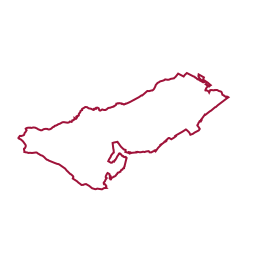 outline of Deleni, Iasi, Romania, rotated 334°
{"feature_id": "2599482B9062650452312", "entity_name": "Deleni", "entity_type": "district", "adm_level": 2, "iso_a3": "ROU", "parent_name": "Romania", "parent_adm1": "Iasi", "projection": "orthographic", "projection_center": [26.854, 47.467], "detail": "fine", "context": "isolated", "style": "outline", "palette": "rose", "viewbox_px": 256, "rotation_deg": 334, "n_neighbors": 0, "source": "geoboundaries", "source_scale": "gbopen_adm2", "svg_char_len": 5764}
<svg xmlns="http://www.w3.org/2000/svg" viewBox="0 0 256 256"><g transform="rotate(334 128 128)"><path d="M79.2,171.6L79.7,171.5L81.0,171.8L81.8,172.2L82.3,172.4L82.1,171.8L82.4,171.8L82.6,171.3L83.0,170.8L82.8,170.5L82.9,170.1L82.9,169.3L82.5,168.2L82.0,168.2L81.8,168.1L81.8,167.5L82.1,166.7L82.3,166.4L84.0,165.7L84.9,164.8L86.9,163.7L86.3,162.8L86.8,161.7L88.5,160.3L89.9,159.5L90.4,160.1L91.1,161.3L90.9,161.8L91.0,162.2L90.8,162.6L91.3,163.7L91.1,164.1L90.1,164.2L90.0,165.0L89.5,165.2L89.7,166.5L90.2,166.7L90.8,166.1L92.0,165.6L92.8,165.7L94.2,165.5L94.5,165.7L96.0,165.5L96.2,165.3L96.5,165.2L97.2,164.7L97.8,164.7L98.4,164.2L99.0,164.0L99.2,163.7L100.8,164.0L101.3,163.8L102.0,164.0L102.6,163.4L103.7,162.7L104.6,163.0L105.7,162.2L106.2,162.2L106.8,162.4L107.1,161.7L108.0,161.1L108.0,160.8L108.5,160.4L112.3,155.8L113.6,154.4L113.0,153.6L113.3,153.4L113.3,153.0L112.6,152.6L112.2,152.6L111.3,151.9L111.4,151.3L111.3,151.0L110.5,150.5L110.4,149.3L109.9,147.8L109.7,147.5L109.4,147.8L109.0,147.2L108.6,147.1L108.5,147.3L108.4,147.3L107.3,148.1L105.9,148.8L104.4,150.0L102.2,151.4L101.9,151.2L101.6,151.5L100.9,151.9L100.7,152.1L100.1,151.5L99.6,151.6L98.7,152.1L97.5,151.8L95.7,149.2L97.1,148.0L100.0,146.2L100.3,145.7L101.2,145.1L103.5,144.0L104.4,143.9L104.6,143.7L104.9,142.7L105.5,141.3L105.7,140.2L107.6,134.7L109.0,134.9L112.5,135.8L112.6,136.3L112.5,136.9L112.9,137.9L113.0,139.4L113.3,140.4L113.3,141.2L114.1,143.5L114.5,144.5L114.7,145.0L114.7,145.3L116.2,146.6L115.2,148.3L115.5,148.4L115.4,148.6L117.4,150.5L118.0,149.9L119.3,150.8L118.7,151.7L120.5,152.0L122.7,152.8L124.9,153.7L125.1,153.3L125.5,153.6L125.9,153.5L128.1,155.1L129.9,155.7L131.1,155.9L132.4,156.9L133.8,157.0L136.3,157.8L136.7,158.4L136.7,159.1L136.7,159.3L138.1,160.1L140.6,160.0L141.8,160.4L142.1,159.8L143.0,160.0L142.9,160.9L146.4,159.0L149.6,157.9L149.6,157.4L150.7,157.2L150.8,157.5L152.2,157.1L153.6,156.9L154.9,156.2L155.4,156.7L156.6,156.6L157.1,156.3L157.2,156.1L157.0,155.7L160.0,154.8L160.7,155.1L162.0,157.1L164.7,156.9L167.3,156.4L167.1,155.8L168.4,155.6L175.1,155.2L179.4,154.7L180.1,156.1L181.0,158.6L181.1,159.3L181.1,161.4L183.7,161.7L185.9,161.3L190.4,161.2L190.9,161.0L191.9,160.4L191.9,160.0L192.1,159.9L191.7,157.2L191.5,156.6L191.5,155.9L192.5,155.4L193.8,154.2L194.7,153.8L195.3,153.3L195.9,153.9L196.2,154.1L197.1,153.5L196.5,153.2L197.3,152.5L198.0,152.3L203.0,149.6L203.3,150.1L208.8,148.9L210.3,148.8L215.4,147.5L216.0,147.7L218.7,146.9L229.2,144.8L231.7,144.4L231.3,143.7L230.5,143.0L229.4,142.8L229.1,142.0L228.6,141.5L228.5,140.8L227.4,139.5L227.7,138.1L227.8,136.8L227.7,136.3L227.1,135.6L226.0,134.7L225.3,133.7L224.7,132.9L223.6,132.3L222.8,132.1L222.4,131.8L221.7,131.8L219.7,130.5L218.5,130.0L216.5,131.7L216.5,130.9L216.1,129.7L214.9,128.5L214.1,128.2L214.1,127.9L215.4,126.8L216.3,126.2L218.3,125.4L217.0,122.7L217.4,122.6L219.0,126.2L219.8,125.8L219.9,126.0L221.1,125.8L220.5,124.5L219.6,122.3L216.7,117.4L218.4,115.8L215.0,110.8L214.0,112.2L214.1,112.7L214.0,114.4L214.8,116.9L215.9,118.2L215.4,118.9L216.0,120.0L215.6,119.9L214.2,117.8L213.4,116.8L212.7,115.3L212.3,114.8L211.8,114.7L211.7,114.5L211.5,113.5L211.0,112.7L210.5,112.1L210.3,111.1L209.5,110.4L205.0,104.4L202.3,105.2L200.6,106.1L196.9,101.1L192.9,103.0L191.7,103.2L191.1,103.5L188.0,102.6L185.9,102.5L184.7,102.0L182.7,100.6L182.3,100.8L181.5,100.9L180.8,100.7L180.3,100.8L177.4,100.2L175.3,100.5L174.4,100.4L171.7,101.6L170.8,102.6L168.5,104.3L167.2,104.8L166.2,104.9L165.8,104.6L163.1,104.1L161.6,103.2L155.0,105.0L154.5,104.6L151.2,105.1L140.8,105.5L137.7,105.4L136.8,105.1L136.6,105.3L136.3,105.3L135.4,105.0L134.9,105.1L134.8,104.9L134.3,104.8L134.1,104.3L133.8,104.2L133.4,103.5L133.2,103.3L132.8,103.4L132.7,103.1L132.4,102.7L131.9,102.5L131.0,101.8L130.6,101.8L130.0,101.4L129.8,101.6L128.2,101.0L127.3,102.0L125.5,102.3L125.0,102.4L125.0,102.2L123.6,102.3L122.0,102.0L121.0,102.0L119.7,101.5L118.5,101.4L116.7,102.0L115.9,101.8L115.6,101.9L114.5,101.4L113.5,100.6L113.1,100.1L112.7,100.0L111.6,100.2L110.7,100.2L110.2,99.8L110.0,99.5L110.3,97.4L109.6,96.4L108.4,95.9L108.1,96.2L107.9,96.6L107.5,96.2L107.3,96.4L106.8,96.2L106.8,96.5L106.3,96.5L105.7,96.1L105.3,96.7L105.0,96.7L104.3,96.0L103.5,94.8L102.7,94.1L101.4,93.2L101.0,92.6L100.4,91.4L99.0,90.5L98.5,90.4L97.5,90.6L95.2,90.7L94.6,91.8L93.9,91.6L93.4,91.8L93.1,92.0L92.6,92.0L91.8,93.1L91.1,93.2L89.9,93.9L89.5,94.9L89.2,95.1L88.8,95.3L87.8,94.9L86.6,95.1L86.6,95.6L87.4,95.6L86.5,96.4L86.1,96.4L85.5,96.9L84.6,96.2L84.5,95.9L84.3,95.6L84.1,96.2L84.0,96.8L83.4,96.9L82.9,96.7L82.2,97.1L81.3,96.7L80.0,97.8L79.1,97.2L78.7,96.7L77.2,97.1L75.9,96.7L72.9,94.6L71.5,94.1L68.7,94.3L66.8,94.0L65.9,94.3L64.8,94.1L64.1,94.3L63.4,94.0L63.0,93.9L62.2,94.4L60.6,94.3L58.9,94.9L57.2,94.9L56.4,94.7L55.7,94.3L55.1,93.5L53.5,92.6L51.6,92.1L49.7,92.3L48.7,91.9L46.8,89.9L45.9,88.4L44.6,86.9L43.1,86.0L41.3,85.6L40.8,85.4L40.3,84.8L39.7,84.7L39.4,84.4L39.0,84.2L37.5,83.7L36.4,83.6L35.7,83.8L35.7,84.8L35.9,85.5L33.8,86.9L33.4,86.9L32.6,87.4L32.0,88.2L31.6,88.6L30.6,88.7L28.4,88.4L27.5,87.7L27.3,87.7L25.9,88.5L25.5,88.6L25.1,89.0L25.2,89.5L26.7,91.4L27.5,93.3L27.8,94.2L28.5,98.2L28.3,99.3L27.5,100.2L26.4,101.0L25.5,101.0L25.2,101.4L24.7,103.4L24.3,104.1L25.4,105.0L26.4,105.6L27.6,106.8L29.0,107.3L30.8,108.4L34.7,109.7L35.3,110.2L35.9,111.5L36.9,112.9L37.4,113.9L39.0,115.5L40.1,117.9L40.3,118.8L41.1,120.8L42.0,121.6L42.4,122.4L46.8,127.3L48.6,129.2L49.6,129.9L50.2,130.6L53.7,136.9L54.1,138.7L54.3,139.6L54.9,140.9L55.1,141.9L55.5,142.6L55.7,143.6L56.5,144.7L57.4,146.9L57.5,147.7L57.4,148.1L56.2,149.2L58.8,153.5L59.5,155.4L60.6,157.4L61.2,158.8L62.9,159.5L64.0,159.5L65.7,160.0L67.8,163.1L69.3,166.4L71.7,168.6L72.5,168.9L73.8,169.0L77.7,171.7L79.2,171.6Z" fill="none" stroke="#9f1239" stroke-width="2"/></g></svg>